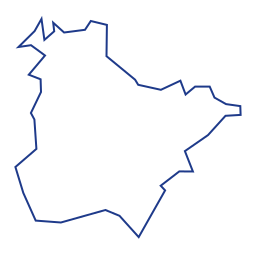 Estill, Kentucky, United States of America (orthographic projection)
{"feature_id": "52423323B66349402640259", "entity_name": "Estill", "entity_type": "district", "adm_level": 2, "iso_a3": "USA", "parent_name": "United States of America", "parent_adm1": "Kentucky", "projection": "orthographic", "projection_center": [-83.956, 37.698], "detail": "fine", "context": "isolated", "style": "outline", "palette": "blue", "viewbox_px": 256, "rotation_deg": 0, "n_neighbors": 0, "source": "geoboundaries", "source_scale": "gbopen_adm2", "svg_char_len": 620}
<svg xmlns="http://www.w3.org/2000/svg" viewBox="0 0 256 256"><path d="M41.5,18.9L34.6,31.1L18.5,47.0L31.0,45.2L45.0,55.5L28.8,74.7L40.6,79.3L41.0,92.0L30.9,113.0L34.4,119.5L36.4,148.9L15.4,167.0L23.3,192.9L35.7,220.6L60.9,222.5L105.4,210.0L119.5,215.8L138.7,237.1L165.1,190.4L160.7,185.7L179.3,171.4L192.9,171.5L184.9,151.1L208.0,135.1L225.5,115.8L240.6,114.9L240.3,106.1L226.0,104.1L214.5,97.6L209.7,86.6L195.1,86.6L185.6,94.5L180.4,80.7L160.9,89.8L138.2,84.8L135.1,79.7L106.5,56.2L106.9,24.9L90.8,21.0L85.0,29.8L64.1,32.5L53.2,22.7L54.2,31.3L44.4,39.9L41.5,18.9Z" fill="none" stroke="#1e3a8a" stroke-width="2"/></svg>